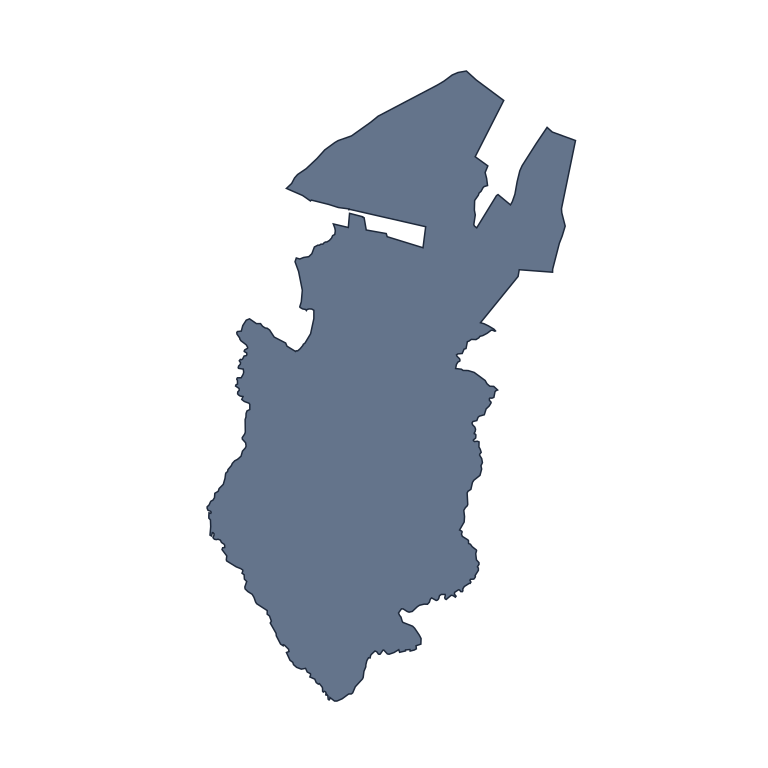 Panotla, Tlaxcala, Mexico, rotated 187°
{"feature_id": "50627088B24091411399710", "entity_name": "Panotla", "entity_type": "district", "adm_level": 2, "iso_a3": "MEX", "parent_name": "Mexico", "parent_adm1": "Tlaxcala", "projection": "robinson", "projection_center": [-98.282, 19.352], "detail": "fine", "context": "isolated", "style": "filled", "palette": "slate", "viewbox_px": 768, "rotation_deg": 187, "n_neighbors": 0, "source": "geoboundaries", "source_scale": "gbopen_adm2", "svg_char_len": 6131}
<svg xmlns="http://www.w3.org/2000/svg" viewBox="0 0 768 768"><g transform="rotate(187 384 384)"><path d="M274.4,200.7L271.1,201.3L270.1,202.9L269.8,203.9L270.2,205.0L267.6,210.5L267.9,212.8L269.0,213.9L267.7,216.6L268.0,218.3L270.8,220.7L272.3,226.8L271.8,229.9L272.2,230.6L276.7,233.3L278.7,235.5L280.6,236.0L281.1,238.9L281.7,239.5L287.7,242.3L288.8,244.5L288.4,246.7L288.9,247.4L291.2,248.3L287.6,256.8L287.9,262.2L289.4,268.3L288.2,271.1L286.5,273.3L286.2,274.7L288.2,286.0L287.6,287.7L284.9,290.0L284.2,297.1L283.1,299.4L277.6,305.0L276.7,311.5L277.8,314.7L276.7,317.9L277.9,321.8L280.5,325.1L280.4,326.1L279.2,328.0L280.5,330.9L282.1,333.1L282.6,338.1L284.4,338.6L287.1,337.9L288.4,338.7L288.4,339.5L286.5,341.4L286.4,342.2L286.6,344.7L287.2,345.4L288.3,345.6L288.5,346.2L287.7,348.1L287.6,350.2L288.6,352.3L291.1,354.3L291.9,356.0L291.2,357.6L287.4,359.0L286.6,362.4L285.4,363.7L280.7,365.7L279.6,371.7L276.9,375.0L275.5,378.1L275.5,379.0L277.4,380.7L277.6,382.3L277.1,383.0L275.1,383.1L273.3,384.1L272.9,389.7L272.3,390.8L270.5,391.9L274.8,395.0L278.6,394.7L279.8,395.4L281.9,396.9L284.0,399.8L295.9,406.5L302.2,407.6L307.3,407.1L308.9,408.1L314.8,408.1L314.5,412.2L313.3,414.8L311.6,415.9L311.5,417.0L312.1,418.3L314.9,420.4L315.6,421.8L314.3,422.9L310.1,423.8L308.8,428.3L306.9,429.2L306.4,436.2L304.9,436.9L302.8,438.9L298.1,439.3L295.5,441.4L294.6,443.0L291.8,444.1L287.8,446.9L284.2,450.4L283.0,450.6L280.3,449.9L279.8,450.3L281.5,451.8L287.4,454.4L292.0,456.0L295.7,456.6L264.0,507.1L263.7,513.9L230.3,515.5L230.6,518.5L227.1,545.1L225.2,552.5L223.4,562.8L228.4,575.6L229.2,579.7L223.6,649.0L247.7,654.6L253.4,658.6L262.2,641.3L273.5,617.6L275.2,612.1L276.5,601.2L277.2,588.3L278.9,580.5L280.3,577.2L293.9,585.9L295.3,584.7L311.0,550.3L313.5,551.8L314.3,553.2L314.0,562.9L315.5,567.6L316.4,577.2L313.4,582.8L312.9,585.1L311.2,587.0L309.6,591.0L308.6,592.2L305.4,593.6L307.2,600.6L309.4,606.2L307.5,613.1L321.2,620.7L299.7,680.0L329.5,697.0L340.4,704.7L348.5,702.2L354.0,699.0L361.3,692.0L367.5,687.2L422.5,649.1L429.0,642.3L446.5,626.3L459.2,620.0L462.2,617.7L471.3,609.2L478.0,599.6L487.5,588.2L495.3,581.4L497.9,577.6L500.1,571.8L504.7,566.2L487.8,561.2L479.3,556.7L478.6,557.7L460.8,555.5L450.8,553.6L440.0,553.5L440.1,552.8L438.6,553.1L361.8,545.2L361.9,524.0L398.8,530.6L400.1,533.6L420.4,534.7L424.0,546.6L425.5,546.9L425.5,547.4L439.0,549.2L438.5,535.0L453.8,536.7L451.7,532.5L451.0,530.0L451.1,526.4L453.1,525.0L453.8,522.5L455.7,519.8L458.0,518.0L459.1,517.9L460.5,517.1L461.8,515.3L463.7,515.1L465.2,513.8L466.5,513.8L469.8,511.5L471.5,504.5L474.2,501.2L479.2,499.8L482.8,497.8L486.4,498.4L487.2,494.5L482.5,485.3L476.5,467.1L476.1,455.5L477.0,450.4L476.7,449.8L474.0,448.6L470.9,448.4L470.0,447.4L469.4,448.6L467.5,449.4L464.9,449.6L462.6,448.6L461.6,440.4L463.0,424.9L467.4,415.0L469.0,413.5L469.2,412.4L471.6,408.7L473.7,406.4L475.3,406.2L475.7,405.5L484.9,409.7L486.6,412.7L498.7,417.2L504.1,423.6L506.7,425.1L508.7,425.1L511.6,426.5L513.9,428.9L518.0,428.4L525.4,432.3L528.5,430.6L531.3,424.8L532.1,419.1L535.9,418.2L536.4,417.1L536.0,415.6L532.8,412.0L532.6,411.1L531.3,409.5L525.5,406.1L523.8,403.8L523.8,402.8L526.3,401.0L526.7,400.1L526.7,399.2L524.1,398.1L523.7,396.4L524.0,395.5L526.3,394.7L527.4,391.6L528.3,390.8L529.6,390.9L530.5,389.4L529.0,387.7L529.0,386.1L530.5,384.1L530.7,382.3L530.2,381.8L525.5,381.6L524.7,378.6L525.0,376.5L526.5,372.8L530.2,372.3L530.6,371.7L530.7,370.7L529.9,369.6L529.4,366.1L530.8,365.2L531.1,363.9L527.3,361.9L526.9,360.1L528.2,358.3L528.1,356.4L527.2,355.5L525.3,354.5L522.4,354.4L523.3,351.3L520.5,349.6L515.7,348.5L514.7,347.4L514.1,342.3L516.7,340.6L517.3,338.0L517.0,334.4L517.5,331.8L515.8,319.3L516.2,317.4L518.2,313.5L517.9,312.0L514.2,308.8L513.3,305.5L513.8,303.7L516.3,300.1L517.1,294.9L520.3,291.3L522.8,289.6L524.9,286.7L525.5,284.5L528.4,280.1L528.6,278.0L530.0,276.6L530.3,275.4L530.3,271.0L531.3,264.8L534.9,260.2L535.5,257.3L538.6,254.9L538.4,250.5L539.7,247.8L541.4,246.7L541.9,245.8L542.8,242.8L544.6,240.5L544.4,239.1L543.3,237.2L540.5,236.5L539.9,235.6L540.2,234.5L542.0,234.8L541.8,231.7L541.5,229.5L539.7,228.0L538.6,221.2L538.3,212.8L536.6,212.1L536.3,215.6L535.5,215.6L534.5,214.7L534.3,213.2L535.0,210.7L534.2,209.8L533.2,209.2L531.4,209.1L529.8,209.7L527.4,209.1L526.0,206.9L523.2,205.5L522.5,204.6L522.2,202.3L524.2,201.8L524.6,199.9L519.1,194.2L519.1,190.3L518.6,189.2L508.4,184.5L503.8,183.3L501.6,182.2L501.3,181.3L501.9,178.9L499.6,177.6L498.8,173.3L496.2,171.3L497.4,165.6L496.9,163.7L493.9,161.4L489.2,159.2L487.0,156.3L484.9,152.0L483.6,150.4L472.3,144.9L471.9,141.3L469.4,139.8L466.9,134.9L467.8,132.9L460.7,123.3L460.2,120.9L455.0,113.3L452.2,111.9L452.1,112.9L450.9,112.6L446.5,109.2L445.7,106.9L448.1,105.6L443.6,98.3L440.6,96.6L439.6,94.4L436.2,92.1L431.3,90.9L427.2,92.2L425.1,88.8L421.7,87.5L421.4,86.2L421.9,84.2L416.7,82.6L414.9,79.4L412.6,78.1L411.6,78.7L408.7,75.9L408.0,74.8L407.5,71.5L406.7,70.8L405.8,71.7L404.5,71.3L403.9,70.3L403.9,68.3L403.2,68.2L403.1,69.1L401.8,67.8L401.0,64.3L400.3,63.8L399.8,63.8L399.4,64.7L399.4,66.2L394.5,63.3L392.0,63.6L387.1,66.5L381.3,72.0L378.6,72.4L377.4,73.7L375.6,80.0L369.4,88.7L368.9,90.3L368.9,96.3L367.6,101.0L367.8,103.1L367.3,107.3L366.0,110.4L364.4,110.4L364.2,112.9L363.6,114.1L360.4,117.9L358.5,117.3L356.6,115.2L355.3,115.2L354.8,115.5L352.6,119.7L351.8,119.9L347.8,116.5L346.0,116.4L341.3,118.7L337.0,122.1L335.8,119.6L330.1,121.7L330.2,122.7L325.9,123.6L325.5,122.1L321.4,123.7L319.6,125.1L320.3,128.1L315.7,130.3L316.2,135.9L318.4,139.1L323.8,145.3L326.1,147.1L336.2,149.7L337.1,150.9L338.8,154.8L340.3,156.2L341.7,158.5L339.3,162.9L337.6,163.1L333.2,161.0L331.3,160.6L328.2,161.7L323.7,167.1L321.8,168.7L317.3,170.4L314.0,170.7L312.4,172.9L311.8,176.0L310.7,177.5L305.8,175.5L304.5,176.1L303.6,177.5L303.1,180.7L301.5,182.1L297.7,182.6L297.4,181.7L297.7,179.2L297.0,178.1L296.0,177.7L291.6,182.5L289.7,182.4L287.2,181.1L286.6,182.2L288.5,184.0L288.5,185.8L284.9,188.9L283.8,188.7L282.6,187.3L281.0,187.4L280.5,188.3L280.8,190.3L279.6,192.8L275.1,196.5L274.2,196.6L273.6,198.0L274.8,199.7L274.4,200.7Z" fill="#64748b" stroke="#1e293b" stroke-width="1.5"/></g></svg>